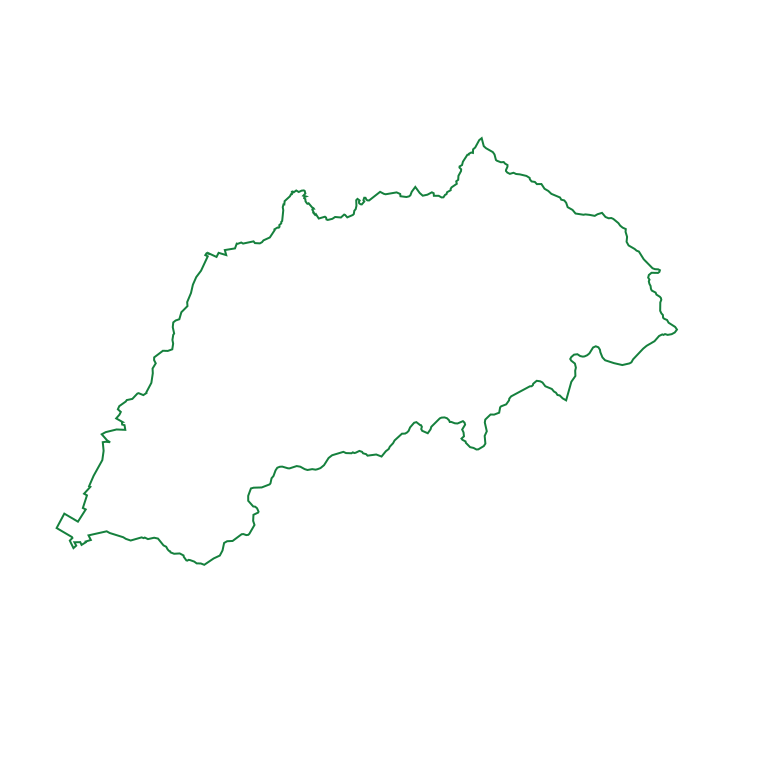 Zagon, Covasna, Romania, rotated 291°
{"feature_id": "2599482B29194502926702", "entity_name": "Zagon", "entity_type": "district", "adm_level": 2, "iso_a3": "ROU", "parent_name": "Romania", "parent_adm1": "Covasna", "projection": "natural_earth1", "projection_center": [26.202, 45.704], "detail": "fine", "context": "isolated", "style": "outline", "palette": "green", "viewbox_px": 768, "rotation_deg": 291, "n_neighbors": 0, "source": "geoboundaries", "source_scale": "gbopen_adm2", "svg_char_len": 6154}
<svg xmlns="http://www.w3.org/2000/svg" viewBox="0 0 768 768"><g transform="rotate(291 384 384)"><path d="M353.7,442.5L358.3,443.7L361.0,443.5L371.9,448.4L373.2,449.7L374.5,452.5L374.6,455.1L373.4,457.8L372.1,459.0L372.7,460.4L372.7,464.2L373.5,466.8L377.6,471.0L376.8,473.0L375.1,474.3L369.5,473.3L367.3,475.6L363.8,477.4L360.8,475.9L360.0,477.2L359.6,480.7L358.4,481.5L355.9,487.0L356.4,490.5L356.0,493.7L356.7,495.4L361.8,499.4L364.7,500.0L371.6,496.6L376.7,496.9L384.2,491.9L387.1,491.3L393.7,494.4L394.9,497.8L398.5,501.8L403.8,500.8L405.1,501.3L408.8,505.4L413.6,506.6L415.2,506.2L418.0,507.1L434.1,521.0L434.8,522.6L436.3,523.4L437.7,523.2L441.7,525.4L442.5,528.9L442.2,531.4L439.7,535.4L439.5,542.5L437.9,545.3L437.5,547.7L435.9,549.9L436.3,552.1L434.6,556.0L434.0,559.9L453.2,558.1L460.1,559.8L465.0,557.7L468.0,557.3L471.5,554.9L472.9,550.4L474.1,548.9L476.3,549.2L479.5,550.9L481.1,553.9L480.4,557.2L480.8,559.8L481.6,561.3L483.7,563.4L486.2,564.8L493.0,566.1L495.1,568.2L495.1,571.0L493.4,573.3L491.2,574.6L487.1,578.4L485.4,581.9L485.9,591.3L487.1,599.7L491.2,605.8L492.9,607.2L496.3,607.7L509.9,613.3L513.8,615.5L520.9,621.2L527.4,623.6L530.0,626.0L530.0,627.3L531.3,628.5L531.5,631.2L533.6,634.7L536.3,637.0L539.8,638.0L541.6,635.4L543.2,627.7L545.2,625.3L545.3,622.3L545.9,620.8L548.4,619.6L549.3,617.7L551.3,615.6L559.2,612.7L562.0,612.7L563.5,611.7L564.3,610.3L565.1,606.3L566.7,604.8L567.2,600.5L568.5,599.1L571.1,597.7L572.6,595.9L574.8,594.4L576.5,594.5L578.0,592.5L580.7,592.2L583.7,593.9L585.9,600.0L587.3,600.9L589.1,600.8L589.3,598.9L588.3,595.8L588.3,593.2L593.5,581.8L599.0,574.5L599.0,572.0L599.9,569.6L601.0,562.7L603.7,559.5L608.5,558.2L612.6,555.0L615.3,554.2L615.5,550.7L616.5,547.7L618.2,545.2L620.3,538.9L620.4,536.7L619.2,534.3L619.3,530.9L621.9,526.2L619.0,522.5L616.5,520.5L615.5,515.0L614.5,511.2L613.5,509.6L611.8,501.7L614.1,497.6L614.9,492.1L618.5,489.1L620.0,486.5L619.6,483.4L621.2,481.5L621.5,472.1L623.1,468.2L623.8,463.9L627.1,459.3L625.4,455.1L626.7,452.4L626.0,449.2L627.3,446.9L628.6,446.1L629.3,442.4L628.4,435.7L627.4,432.1L627.6,429.2L625.3,426.2L625.6,423.3L626.6,421.5L627.5,421.2L631.1,421.4L632.7,420.8L633.1,418.1L634.1,416.2L632.9,413.7L632.9,409.5L633.3,408.2L637.9,404.9L639.5,402.5L640.7,394.7L641.8,391.9L648.5,387.1L645.8,385.5L637.5,384.4L635.0,383.1L631.6,384.2L631.4,382.5L629.4,380.8L628.5,380.9L627.9,379.7L619.8,378.0L616.4,378.4L614.2,376.6L613.1,376.9L612.1,379.1L610.4,379.6L605.0,378.9L601.2,380.1L599.1,378.8L597.0,380.2L591.8,376.6L590.0,376.3L588.8,376.8L585.7,374.2L583.6,374.3L582.4,373.2L579.6,372.6L578.8,370.9L579.3,367.6L577.6,363.1L579.9,362.0L580.1,360.0L576.3,356.7L573.7,352.7L575.1,348.9L579.2,342.6L573.4,341.0L569.6,341.0L568.1,340.1L566.6,337.9L565.2,332.1L567.2,331.0L567.4,327.1L561.7,317.5L561.5,315.7L562.0,311.5L550.0,304.3L549.5,302.7L549.8,301.5L551.2,300.0L550.8,298.8L548.2,298.9L547.3,300.2L543.7,298.9L543.4,297.7L543.8,296.1L545.1,295.3L546.6,295.5L547.3,292.9L545.6,292.2L540.5,294.4L537.1,294.9L535.1,294.2L531.9,294.9L530.6,294.3L526.4,290.0L527.9,287.1L527.9,286.1L524.0,284.1L522.4,278.5L519.7,276.6L517.0,272.7L517.0,271.3L518.6,270.3L519.0,268.9L515.1,263.8L518.2,259.5L517.2,259.1L518.5,256.7L518.9,257.0L521.1,254.6L522.0,254.7L522.5,255.7L522.9,255.1L523.1,253.6L525.7,248.9L524.9,248.3L524.9,247.5L526.4,245.3L528.4,244.3L528.9,242.8L530.1,242.8L531.1,243.9L530.9,241.2L533.7,242.3L535.8,240.8L536.0,239.8L535.0,237.8L532.7,235.6L533.2,232.7L530.7,231.1L531.0,229.8L530.6,229.3L529.9,230.2L528.8,229.4L528.1,229.9L527.4,229.1L525.5,228.9L519.1,225.7L515.9,226.6L515.7,225.8L512.8,226.1L510.1,227.7L499.7,230.5L498.5,230.0L497.1,230.5L494.8,229.3L493.4,230.1L492.2,229.7L491.9,228.5L489.1,226.3L488.5,226.8L479.9,224.9L474.9,220.0L472.7,219.3L470.8,217.7L469.3,213.0L470.4,211.1L464.6,202.1L464.9,200.0L462.4,197.1L462.3,196.2L457.2,196.3L452.0,187.4L447.8,190.5L447.2,182.6L442.6,182.1L443.2,173.2L442.7,173.5L442.5,171.5L440.3,171.0L440.0,173.7L424.2,172.6L416.5,170.4L408.2,170.0L399.8,171.2L389.9,170.9L386.3,172.6L378.4,169.1L371.1,169.7L368.6,166.7L366.0,165.2L361.4,166.4L355.9,170.0L354.4,169.6L349.3,170.7L346.1,172.7L340.5,173.9L337.4,170.3L335.8,165.7L326.5,159.9L323.9,160.8L321.5,163.5L315.5,162.4L311.2,164.3L301.7,166.4L291.0,165.1L290.5,165.5L287.4,163.3L287.5,158.2L286.7,157.2L279.9,154.4L276.8,149.6L275.1,149.2L268.5,144.8L265.0,144.6L263.6,148.3L260.5,148.0L255.9,146.3L254.8,153.6L254.4,153.0L252.3,154.1L252.6,156.5L248.5,158.9L245.7,150.6L239.3,141.4L235.9,138.5L232.1,145.8L231.5,149.2L230.4,145.0L228.9,142.3L221.1,146.2L212.0,148.3L194.3,145.8L182.8,145.3L182.7,146.7L174.1,143.3L173.6,146.6L160.3,147.3L160.0,150.5L145.8,147.6L148.4,132.0L132.2,130.0L129.3,147.5L128.6,148.3L125.2,146.8L119.5,152.9L122.8,154.6L125.3,151.7L127.5,157.1L125.4,159.3L129.5,162.4L130.0,161.9L133.3,166.2L136.8,162.4L147.1,177.9L146.6,181.3L147.5,195.5L146.9,198.5L147.1,203.6L153.9,212.6L154.0,214.9L154.9,215.7L154.6,219.2L158.1,224.5L158.7,228.4L154.3,236.0L154.0,239.0L152.1,241.2L151.2,242.9L151.1,244.4L150.3,245.0L150.3,248.9L152.6,254.0L152.1,258.3L150.9,259.0L148.5,262.7L148.7,263.8L149.8,264.6L150.1,266.0L150.2,270.5L149.4,273.4L150.8,277.3L150.8,281.0L160.1,287.5L165.0,292.2L170.7,292.9L178.3,291.7L181.0,293.9L183.2,298.9L192.7,304.9L193.5,306.5L193.6,309.6L194.6,311.4L196.0,312.0L206.0,313.6L209.3,310.9L215.1,309.0L218.9,312.6L219.9,312.6L222.5,310.0L223.3,307.7L222.8,305.8L226.3,299.1L230.9,297.3L238.8,297.2L240.5,299.5L243.6,306.9L249.3,313.2L250.6,313.6L255.7,312.8L258.5,313.8L264.5,313.7L267.6,314.4L269.4,316.4L270.4,318.6L270.9,324.7L271.4,326.1L276.1,331.9L276.8,335.5L276.1,340.5L276.3,343.4L278.8,347.5L279.5,350.8L280.5,352.3L282.7,354.8L286.7,357.1L295.1,358.8L298.9,361.1L306.1,370.4L305.9,373.3L307.7,378.5L309.0,379.4L308.9,381.0L309.7,382.2L312.7,385.0L312.8,387.8L311.8,389.3L312.1,392.5L311.2,394.3L315.4,402.0L315.4,407.7L321.9,409.8L325.0,411.7L327.6,411.9L332.0,413.7L335.1,414.1L344.1,418.6L345.2,421.4L347.0,422.9L349.1,423.8L352.8,423.9L358.6,426.0L360.0,427.9L358.6,432.5L358.8,433.3L357.6,434.7L355.3,434.9L354.0,436.4L353.7,442.5Z" fill="none" stroke="#15803d" stroke-width="2"/></g></svg>